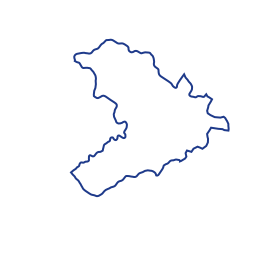 Santiago de los Caballeros, Santiago, Dominican Republic (orthographic projection), rotated 304°
{"feature_id": "3306468B7799388924344", "entity_name": "Santiago de los Caballeros", "entity_type": "district", "adm_level": 2, "iso_a3": "DOM", "parent_name": "Dominican Republic", "parent_adm1": "Santiago", "projection": "orthographic", "projection_center": [-70.731, 19.487], "detail": "fine", "context": "isolated", "style": "outline", "palette": "blue", "viewbox_px": 256, "rotation_deg": 304, "n_neighbors": 0, "source": "geoboundaries", "source_scale": "gbopen_adm2", "svg_char_len": 5927}
<svg xmlns="http://www.w3.org/2000/svg" viewBox="0 0 256 256"><g transform="rotate(304 128 128)"><path d="M190.8,201.0L188.3,198.8L185.5,193.8L184.8,189.2L184.8,185.9L186.5,184.0L190.0,182.9L191.7,182.1L196.4,181.9L198.8,181.6L198.8,178.1L198.6,176.2L199.7,174.0L197.0,173.7L196.3,173.5L196.0,173.2L195.7,172.7L195.0,170.5L193.7,168.3L193.2,167.9L191.6,167.2L191.2,166.8L190.9,166.2L190.4,164.7L189.5,162.9L189.3,161.8L189.4,161.2L189.6,160.5L189.8,160.3L190.1,160.1L190.4,159.9L191.1,159.8L194.2,159.7L195.3,159.5L196.0,159.3L197.7,158.3L198.2,157.9L198.4,157.7L199.4,156.0L199.8,155.1L200.0,154.4L200.4,152.6L200.6,152.0L201.3,150.4L201.8,148.3L202.0,147.6L202.5,146.7L203.9,144.5L201.2,144.4L196.6,144.3L192.9,144.4L191.4,144.6L190.7,144.9L189.7,145.4L189.1,145.6L188.5,145.5L188.2,145.3L187.9,145.0L187.8,144.7L187.7,144.0L187.7,142.9L187.9,141.7L188.2,141.0L188.9,139.5L189.1,138.8L189.2,138.0L189.3,135.5L189.2,126.7L189.3,125.4L189.5,124.7L189.8,123.9L190.5,123.0L191.6,122.0L193.2,120.8L193.6,120.3L193.7,120.0L193.8,119.3L193.9,116.6L194.0,115.8L194.3,115.1L194.6,114.5L195.3,113.8L195.9,113.4L197.2,112.8L197.8,112.4L198.7,111.6L199.6,110.8L200.4,109.9L200.9,109.2L201.3,108.6L201.6,107.9L201.9,106.1L202.4,104.7L202.5,104.1L202.4,103.8L202.2,103.2L200.8,100.7L200.3,99.9L199.5,99.1L198.7,98.4L197.7,97.6L197.3,97.1L197.1,96.0L196.9,92.9L196.7,92.2L196.4,91.5L196.0,91.0L195.5,90.5L194.0,89.8L193.5,89.4L192.8,88.7L192.5,88.0L192.4,87.3L192.4,86.6L192.5,85.9L192.7,85.5L193.0,85.0L193.5,84.5L194.9,83.4L195.1,83.1L195.3,82.5L195.5,81.8L195.5,80.6L195.5,79.0L195.4,77.8L195.2,76.6L194.9,75.9L194.5,75.3L193.1,73.5L192.7,72.8L192.6,72.5L192.4,71.7L192.4,70.9L192.3,66.9L192.2,66.1L192.0,65.3L191.5,64.3L190.0,62.6L189.1,61.3L188.8,61.0L188.3,60.7L187.6,60.6L185.2,60.2L184.5,60.0L183.3,59.4L182.6,59.2L181.4,59.0L178.6,58.9L177.5,58.7L177.1,58.6L176.4,58.2L174.7,56.8L173.7,56.2L172.6,55.9L170.1,55.7L169.4,55.4L169.1,55.3L168.6,54.9L167.9,54.1L167.2,52.5L166.4,51.0L165.9,49.7L165.2,48.7L164.0,47.3L161.7,45.0L160.9,44.2L159.9,43.6L159.2,43.4L158.4,43.3L157.7,43.4L157.0,43.6L156.5,44.0L156.0,44.4L154.9,45.8L154.4,46.2L153.8,46.4L154.0,48.6L154.2,49.3L154.7,50.8L154.7,51.0L154.7,51.3L154.5,51.9L153.5,54.0L152.8,55.4L152.6,56.1L152.6,56.8L152.8,57.5L153.2,58.0L154.5,59.6L155.1,60.5L156.1,62.6L156.3,63.2L156.3,63.5L156.2,64.1L155.7,65.5L155.3,67.3L155.1,68.0L154.2,69.8L153.6,71.1L153.2,71.7L152.8,72.2L151.5,73.4L150.7,74.0L149.4,74.6L148.8,75.0L146.3,76.9L142.9,78.6L140.5,79.1L139.8,79.3L138.3,80.1L136.7,80.9L135.4,81.9L135.3,83.6L135.4,84.8L135.5,85.5L135.9,86.2L136.3,86.6L138.0,87.6L139.5,88.3L140.1,88.6L140.8,89.3L141.2,89.9L141.3,90.3L141.5,91.0L141.6,92.3L141.5,97.7L141.6,102.7L141.5,103.9L141.4,104.7L141.1,105.4L140.9,105.7L140.4,106.1L139.8,106.5L139.4,106.6L138.7,106.8L136.7,106.9L135.9,107.0L135.2,107.2L133.7,107.9L131.7,108.4L131.2,108.7L129.5,110.2L127.4,113.7L126.5,114.8L126.3,115.4L126.2,115.7L126.2,116.4L126.3,117.1L126.4,117.5L126.8,118.1L127.5,119.0L128.4,119.7L129.0,120.2L130.3,120.7L130.8,121.1L131.3,121.5L131.6,122.0L131.6,122.3L131.6,122.6L131.5,123.2L130.8,124.5L130.4,125.0L129.9,125.4L128.2,126.3L127.5,126.6L126.4,126.8L123.3,126.9L122.6,127.1L122.3,127.2L121.8,127.6L121.2,129.3L120.8,129.7L119.4,130.7L118.8,130.9L118.2,130.8L117.6,130.5L117.2,130.0L117.1,129.7L117.0,129.3L116.9,128.6L116.9,125.5L116.8,124.9L116.6,124.6L116.4,124.3L116.1,124.1L115.8,124.1L115.2,124.1L113.7,124.9L113.1,125.1L112.4,125.1L111.8,125.0L111.5,124.9L111.2,124.7L111.0,124.4L110.8,123.8L110.8,123.5L110.8,122.8L111.0,122.2L111.5,121.2L111.6,120.7L111.5,120.4L111.2,119.9L110.8,119.5L110.5,119.3L110.2,119.2L109.5,119.2L108.9,119.4L107.6,120.0L107.0,120.1L106.8,120.1L106.3,119.9L105.6,119.4L105.1,119.2L103.2,118.6L101.7,117.9L101.1,117.7L100.7,117.7L100.4,117.7L99.7,117.9L98.2,118.5L96.5,119.1L95.1,119.7L93.0,118.6L92.5,118.1L92.0,117.4L91.5,116.8L90.8,116.4L90.5,116.2L89.4,115.9L86.3,115.7L85.6,115.5L85.3,115.3L85.1,115.1L84.7,114.5L84.4,112.3L84.3,112.0L84.1,111.7L83.8,111.5L83.2,111.4L82.5,111.6L80.6,112.8L79.6,113.6L79.0,113.7L78.4,113.7L78.1,113.5L77.5,113.1L76.3,111.6L75.8,111.3L74.8,110.8L74.3,110.4L74.0,109.9L73.7,109.2L73.4,108.7L73.2,108.4L72.7,108.1L72.1,108.0L71.4,108.0L70.8,108.1L69.5,108.6L68.8,108.6L68.2,108.4L67.1,107.8L66.5,107.7L65.3,107.6L64.6,107.4L62.5,106.5L59.3,105.6L58.5,108.2L58.1,110.4L57.9,111.1L57.3,112.3L57.0,113.0L56.9,113.7L56.7,115.8L56.4,116.9L55.5,118.7L55.0,120.0L54.0,121.8L53.4,123.1L52.6,124.6L52.4,125.3L52.2,126.5L52.1,128.1L52.1,132.3L52.2,134.4L52.5,135.5L53.4,137.7L53.9,139.8L54.0,140.1L54.4,140.7L55.1,141.4L55.7,141.8L58.4,143.1L59.5,143.4L62.5,143.7L64.2,144.2L65.9,145.2L67.4,146.2L69.3,147.1L71.3,148.8L72.3,149.4L73.4,149.7L76.7,149.8L77.8,150.0L78.2,150.2L78.8,150.5L80.6,152.0L81.6,152.5L82.3,152.7L83.0,152.8L85.9,153.0L86.6,153.1L87.2,153.4L87.6,153.9L88.6,155.6L88.9,156.2L89.4,157.5L90.3,159.3L90.7,160.3L91.1,160.9L91.5,161.4L92.1,161.8L92.7,162.1L93.4,162.2L96.0,162.5L97.0,162.9L97.6,163.3L99.7,164.9L101.3,165.7L102.0,166.1L103.1,167.2L103.9,168.0L104.3,168.7L104.9,170.0L105.7,171.5L105.9,172.2L106.1,173.3L106.1,174.8L105.9,175.9L105.4,176.8L104.5,177.9L104.8,178.7L105.3,179.1L105.9,179.4L107.0,179.5L109.5,179.5L113.2,179.5L114.8,179.3L116.6,178.7L116.9,178.7L117.4,178.8L119.3,179.7L120.2,180.4L120.7,180.7L121.6,181.0L123.7,181.3L124.4,181.5L125.2,182.0L125.7,182.5L126.6,183.7L127.9,184.7L128.4,185.1L128.8,185.6L129.1,186.2L129.9,188.0L130.1,188.5L130.0,189.1L129.7,189.7L129.5,189.8L130.3,190.4L134.6,192.4L136.9,192.4L139.4,189.8L142.3,189.5L143.7,193.9L147.5,193.9L151.4,196.1L152.0,198.6L152.4,201.3L156.9,202.9L160.7,202.3L163.8,200.4L165.0,199.0L167.3,196.9L171.6,196.9L174.7,196.7L177.8,203.3L179.9,207.0L180.1,209.0L182.0,212.7L183.1,212.2L184.0,211.6L186.0,209.9L187.1,209.2L187.6,208.8L189.1,206.3L189.7,204.9L190.6,203.1L190.7,202.4L190.8,201.0Z" fill="none" stroke="#1e3a8a" stroke-width="2"/></g></svg>